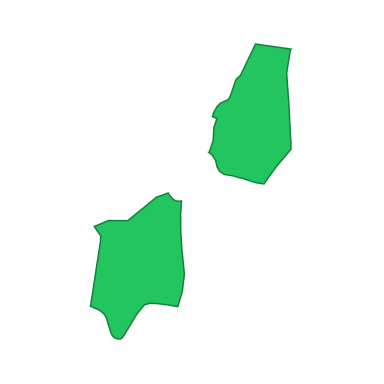 outline of As Sawadiyah, Al Bayda', Yemen, rotated 189°
{"feature_id": "15242507B42548243953389", "entity_name": "As Sawadiyah", "entity_type": "district", "adm_level": 2, "iso_a3": "YEM", "parent_name": "Yemen", "parent_adm1": "Al Bayda'", "projection": "natural_earth1", "projection_center": [45.343, 14.413], "detail": "fine", "context": "isolated", "style": "filled", "palette": "green", "viewbox_px": 384, "rotation_deg": 189, "n_neighbors": 0, "source": "geoboundaries", "source_scale": "gbopen_adm2", "svg_char_len": 1944}
<svg xmlns="http://www.w3.org/2000/svg" viewBox="0 0 384 384"><g transform="rotate(189 192 192)"><path d="M215.4,187.3L219.8,184.9L220.8,184.3L225.8,181.7L226.2,181.4L230.3,176.8L232.5,174.3L234.6,172.0L235.1,171.5L235.7,170.7L235.8,170.6L236.2,170.1L238.1,168.0L242.2,163.5L249.4,155.4L250.6,154.0L250.9,153.7L270.1,150.7L283.1,142.7L282.4,141.9L279.6,138.9L278.7,137.9L277.4,136.6L275.3,134.4L275.2,134.3L274.7,130.1L274.7,129.4L274.6,115.8L274.6,115.7L274.6,103.7L274.6,103.1L274.6,102.7L274.5,96.4L274.5,85.7L274.4,81.6L274.4,78.1L274.4,76.6L274.4,74.6L274.4,70.8L274.4,63.2L273.7,63.1L272.1,62.8L270.7,62.3L269.4,61.8L267.9,61.7L264.0,60.3L260.9,58.6L260.6,58.3L258.9,56.9L257.0,54.5L253.7,47.7L250.8,41.7L249.0,38.6L247.6,37.1L244.8,35.6L243.4,35.4L241.7,35.4L239.9,35.5L239.1,36.1L238.2,36.9L236.9,39.3L227.5,62.5L222.0,72.0L221.3,73.2L216.1,75.5L213.4,75.8L209.6,76.3L199.6,76.7L198.7,76.7L190.1,76.6L188.1,76.6L186.0,92.1L186.7,109.9L193.4,135.3L194.8,141.7L197.4,153.7L197.7,155.9L197.9,156.7L198.8,162.9L199.5,167.0L199.8,168.8L200.4,175.2L200.6,177.3L201.0,181.5L204.6,180.6L207.5,181.0L209.5,182.0L210.2,182.4L210.7,182.9L211.3,183.4L213.7,185.3L215.4,187.3ZM152.5,348.1L152.6,347.6L162.4,314.7L166.1,310.1L169.3,292.2L170.7,289.1L170.7,288.9L170.8,288.9L177.8,284.2L180.8,279.9L183.0,273.8L183.6,270.1L183.6,269.6L178.8,268.4L180.0,262.0L180.4,259.4L179.8,252.6L179.2,245.9L179.8,242.5L180.0,241.0L181.3,233.9L181.6,233.8L177.6,231.4L173.6,226.8L171.2,220.9L168.0,216.7L165.9,215.8L162.8,214.4L162.3,214.4L157.1,214.4L154.4,214.4L153.4,214.3L149.0,213.7L147.3,213.5L143.6,213.3L135.8,212.0L135.5,211.9L130.3,211.2L122.1,211.2L118.4,219.0L117.4,221.0L117.1,221.6L112.6,230.4L100.9,249.7L102.4,258.0L103.1,261.0L104.1,265.5L105.2,270.9L106.7,277.8L107.5,281.9L109.5,291.5L109.6,292.0L111.4,299.7L113.3,307.7L117.1,324.2L117.1,334.2L117.1,348.0L116.5,348.6L152.5,348.1Z" fill="#22c55e" stroke="#15803d" stroke-width="1.5"/></g></svg>